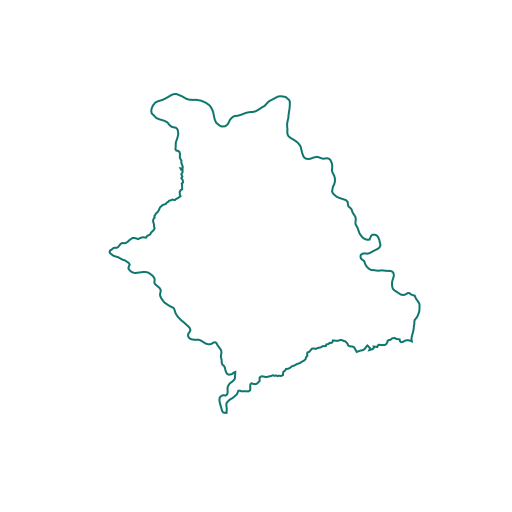 the district of Três Marias, Minas Gerais, Brazil, rotated 129°
{"feature_id": "56859067B13863340921701", "entity_name": "Três Marias", "entity_type": "district", "adm_level": 2, "iso_a3": "BRA", "parent_name": "Brazil", "parent_adm1": "Minas Gerais", "projection": "mercator", "projection_center": [-45.061, -18.299], "detail": "fine", "context": "isolated", "style": "outline", "palette": "teal", "viewbox_px": 512, "rotation_deg": 129, "n_neighbors": 0, "source": "geoboundaries", "source_scale": "gbopen_adm2", "svg_char_len": 6137}
<svg xmlns="http://www.w3.org/2000/svg" viewBox="0 0 512 512"><g transform="rotate(129 256 256)"><path d="M186.9,107.8L187.8,109.5L188.3,111.3L188.3,113.3L189.0,114.6L192.2,115.8L193.8,117.2L194.8,119.1L195.6,126.5L195.5,128.5L194.8,129.9L193.6,131.4L191.2,133.5L189.3,134.5L185.0,136.2L183.5,137.4L182.5,139.1L182.5,140.7L183.1,142.2L185.6,145.5L187.6,148.7L188.6,149.9L189.9,151.0L191.2,152.7L192.9,155.7L193.9,156.8L194.7,158.8L194.8,161.1L194.6,163.1L194.0,165.1L191.9,168.8L192.0,170.8L191.9,173.0L190.7,174.4L189.1,175.3L186.6,174.3L185.2,172.7L184.3,171.1L182.4,169.6L176.9,167.3L175.0,166.4L172.8,165.6L171.1,165.5L169.4,166.0L165.9,170.3L164.7,172.5L164.2,174.1L164.1,175.4L164.8,177.3L166.3,178.9L168.0,179.2L171.8,178.1L173.4,179.8L174.1,181.4L174.5,183.3L174.5,185.2L173.4,189.6L170.1,195.0L169.4,196.8L168.9,198.3L167.9,199.4L164.3,201.9L163.0,203.5L161.4,208.3L159.6,211.2L159.3,212.9L159.3,215.3L158.1,217.0L156.4,218.6L156.0,221.3L158.5,228.0L159.1,230.2L159.2,231.7L159.1,235.0L158.1,237.4L154.7,239.3L152.9,240.1L151.5,240.2L148.7,241.4L146.3,243.2L144.5,245.6L142.8,249.3L141.8,250.8L138.8,252.8L137.3,254.2L136.3,255.2L134.6,258.5L134.5,260.6L135.5,262.6L137.1,263.9L138.3,265.3L139.0,267.0L140.0,269.9L140.7,271.2L143.7,273.5L146.6,275.2L148.4,277.4L149.0,278.8L149.1,280.4L148.8,281.8L146.9,284.9L142.7,290.5L142.1,292.8L141.7,294.9L141.7,297.4L141.9,299.8L142.3,301.8L142.5,303.8L142.5,305.9L142.0,307.3L141.0,308.8L139.3,310.2L137.5,311.5L136.2,312.9L133.4,315.2L130.8,316.6L128.2,317.8L126.5,319.1L119.9,323.0L117.4,324.7L114.6,327.0L113.9,328.8L113.8,333.1L116.0,337.0L118.0,339.1L122.7,341.2L124.3,341.8L126.1,342.7L127.5,343.2L129.1,343.5L134.0,343.8L137.5,345.2L139.4,345.7L143.2,347.1L145.0,348.2L146.5,349.6L147.8,351.1L150.3,353.3L151.8,354.3L155.0,356.1L158.0,358.1L159.1,359.0L160.1,360.2L161.4,361.1L162.7,361.6L166.1,362.0L171.0,360.9L172.9,361.1L174.7,361.7L175.9,363.0L177.0,364.3L177.5,365.9L177.5,370.7L176.6,372.7L175.6,374.4L171.1,379.9L169.5,382.8L168.7,384.8L168.2,387.0L168.4,391.1L169.7,396.1L172.0,400.4L174.7,403.7L176.7,406.6L177.7,409.1L178.4,413.8L179.9,419.0L180.8,420.6L182.4,422.1L184.0,423.0L188.9,424.8L193.4,426.8L197.3,429.5L198.7,430.2L200.1,430.8L203.9,430.8L206.8,430.0L208.4,429.2L209.7,428.2L210.7,426.9L211.0,425.4L211.0,423.8L211.3,422.2L211.5,420.1L210.5,416.9L208.8,412.9L208.0,409.6L208.1,407.8L208.7,405.8L208.6,402.5L206.8,399.1L206.8,397.4L207.5,395.9L210.3,393.0L213.9,391.3L217.4,390.1L219.1,389.2L221.7,387.1L223.8,385.8L224.2,384.1L223.2,382.6L223.4,380.8L224.6,379.3L227.6,377.0L228.9,373.9L230.4,372.9L232.8,369.0L234.3,368.1L235.4,369.9L236.0,368.6L235.7,366.9L237.3,365.7L239.5,365.5L240.6,363.2L242.5,363.0L243.0,361.2L243.7,360.0L244.8,359.0L246.4,359.3L247.8,357.7L250.6,355.4L252.1,356.0L254.3,355.6L256.1,353.9L257.0,352.3L260.2,353.2L262.1,354.0L263.7,354.3L264.6,356.3L265.9,357.0L267.8,358.3L269.1,358.3L270.5,358.9L272.4,358.9L275.1,360.6L278.5,361.2L281.8,360.3L284.0,360.1L285.9,360.5L287.8,360.2L289.1,360.0L290.0,358.9L291.6,359.0L293.6,358.1L295.8,355.0L297.1,354.0L298.3,352.2L300.4,351.8L304.0,352.3L305.5,351.8L306.9,352.2L308.8,353.2L311.0,353.0L311.9,354.7L313.0,356.1L315.6,357.7L317.0,358.1L317.8,360.3L318.6,361.9L319.7,363.3L323.5,364.4L325.9,364.7L327.6,365.3L329.0,366.3L329.8,367.9L331.6,368.8L335.9,368.8L337.4,369.5L338.7,371.2L340.2,372.0L342.0,372.2L343.6,372.9L345.2,372.1L345.7,370.6L345.5,366.8L343.6,362.0L343.1,358.5L342.6,356.7L341.9,355.2L341.5,350.4L342.2,348.7L344.3,348.2L345.9,347.4L346.4,346.1L346.7,344.4L346.6,342.2L346.0,340.6L345.3,339.2L338.9,333.1L337.7,331.3L336.8,329.5L336.5,327.3L336.4,324.1L336.7,322.6L337.3,320.9L338.1,319.9L340.7,318.2L341.4,316.6L341.5,311.0L342.3,308.8L344.0,307.5L345.8,306.7L347.3,305.4L348.6,302.7L349.8,298.0L349.4,293.0L349.1,290.8L348.4,288.5L348.4,286.7L351.3,282.1L352.4,278.6L353.0,273.9L353.0,269.9L353.4,263.5L353.7,262.1L354.9,260.3L356.8,259.8L359.1,259.7L360.9,258.5L361.7,256.8L361.7,255.1L361.3,253.6L359.8,251.1L358.9,249.8L357.5,248.4L356.7,246.8L356.3,245.0L355.7,239.9L354.3,237.0L352.7,235.5L349.5,234.3L348.5,232.9L348.8,231.4L349.5,229.9L350.7,225.2L351.5,223.4L352.9,222.0L355.5,220.6L356.6,219.7L358.5,217.2L360.8,215.2L361.6,213.6L361.6,211.8L362.2,210.1L364.2,207.6L365.2,205.9L365.8,204.3L365.4,202.5L363.8,201.0L362.4,200.1L360.8,200.0L359.2,199.1L360.8,197.9L362.3,197.1L363.5,196.0L365.2,195.1L368.2,195.3L371.4,196.2L374.8,195.9L376.4,195.1L379.5,192.5L380.9,191.6L382.5,191.4L383.7,192.0L384.5,193.4L385.5,194.4L387.3,195.0L388.8,195.1L390.3,194.3L391.9,192.9L392.9,191.6L397.7,184.9L398.2,183.0L397.5,181.6L396.5,180.2L393.2,182.5L390.1,185.7L388.2,186.4L385.5,186.2L383.9,185.9L381.1,184.8L375.4,183.8L371.9,184.9L370.8,183.8L370.3,182.1L368.3,179.8L366.0,176.7L364.1,176.1L362.4,177.1L360.9,178.6L359.2,179.6L357.8,179.4L357.1,177.6L356.0,175.8L354.5,174.9L350.9,174.5L348.2,176.7L346.1,176.1L344.9,174.3L343.8,172.0L339.8,168.8L338.1,167.9L337.5,166.2L336.3,165.4L335.9,163.8L334.6,162.9L333.5,161.0L331.6,160.1L328.8,161.9L326.6,161.3L324.9,161.6L323.8,160.4L322.2,159.4L318.7,158.5L317.3,157.4L314.3,156.2L311.4,154.4L309.5,153.9L307.5,153.0L305.1,152.5L303.2,153.4L301.2,153.3L300.1,154.5L298.7,155.3L296.9,154.3L292.8,154.2L291.3,152.7L290.6,151.0L288.9,150.4L286.0,148.0L284.2,147.5L282.1,145.1L280.5,145.7L279.0,144.4L277.2,144.1L276.1,142.7L274.8,142.4L273.2,143.1L270.8,139.4L268.0,137.4L267.1,135.9L266.9,134.4L266.1,132.9L266.5,129.8L267.4,128.5L267.4,127.0L266.8,125.7L265.9,124.5L265.2,122.9L265.5,121.5L267.2,117.4L263.6,115.2L262.4,114.0L260.7,113.2L258.5,113.0L257.0,113.3L255.4,113.1L255.9,109.2L257.8,108.7L255.0,106.8L253.2,106.6L252.3,107.6L250.4,104.5L248.9,105.0L247.6,104.6L245.7,101.7L244.4,100.1L242.9,99.4L240.5,99.6L238.9,100.4L237.7,99.8L236.4,98.7L234.4,98.4L232.4,96.7L232.2,94.8L231.2,93.3L230.4,91.9L231.6,90.5L231.6,88.9L230.3,87.8L228.3,87.0L226.4,85.7L224.8,83.1L224.3,81.2L222.8,82.8L221.4,83.8L214.0,87.2L211.6,88.9L208.4,90.7L207.3,91.7L205.8,92.4L202.3,92.4L200.1,92.9L196.7,94.1L195.5,94.7L190.9,98.3L189.9,99.8L188.7,104.0L187.9,106.1L186.9,107.8Z" fill="none" stroke="#0f766e" stroke-width="2"/></g></svg>